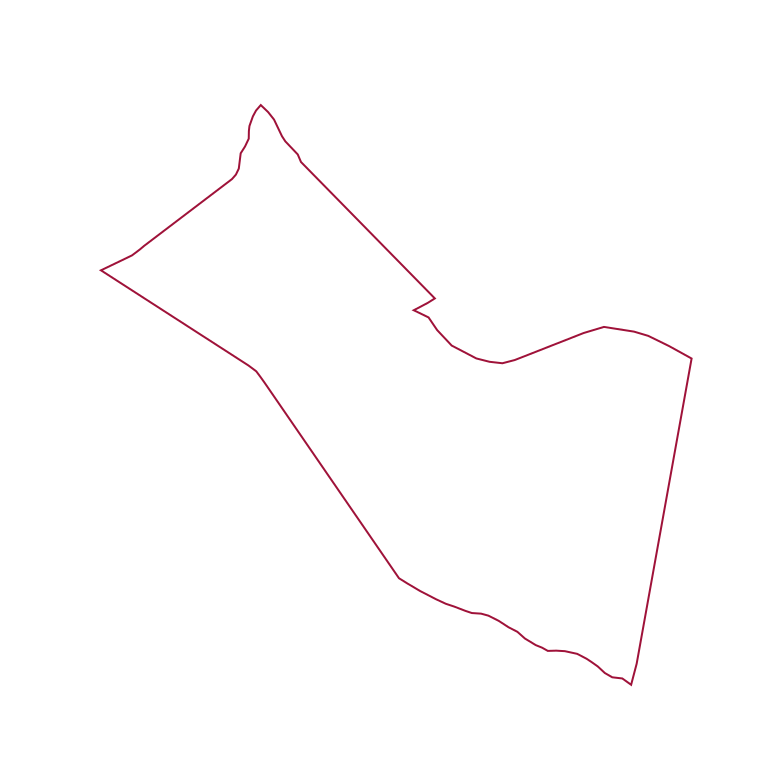 Junco do Maranhão, Maranhão, Brazil, rotated 280°
{"feature_id": "56859067B88031270249569", "entity_name": "Junco do Maranhão", "entity_type": "district", "adm_level": 2, "iso_a3": "BRA", "parent_name": "Brazil", "parent_adm1": "Maranhão", "projection": "robinson", "projection_center": [-46.119, -1.889], "detail": "fine", "context": "isolated", "style": "outline", "palette": "rose", "viewbox_px": 768, "rotation_deg": 280, "n_neighbors": 0, "source": "geoboundaries", "source_scale": "gbopen_adm2", "svg_char_len": 1005}
<svg xmlns="http://www.w3.org/2000/svg" viewBox="0 0 768 768"><g transform="rotate(280 384 384)"><path d="M130.7,679.6L152.4,681.4L462.5,682.5L470.9,658.0L477.3,635.8L479.0,621.1L478.4,590.7L468.9,571.8L430.3,508.6L425.0,497.0L424.2,484.1L425.2,470.5L433.6,444.0L446.3,427.0L457.3,416.3L461.8,400.5L471.4,412.9L477.1,419.2L588.2,263.7L595.1,259.2L605.8,244.7L610.3,240.5L625.3,229.8L631.7,222.6L637.3,214.2L631.1,210.5L624.8,208.4L614.7,206.7L609.7,207.0L602.1,208.2L593.8,205.9L586.3,202.8L570.9,203.6L564.5,201.8L559.4,198.7L478.4,123.8L474.2,120.3L466.9,113.5L446.8,85.5L378.7,247.3L374.3,256.0L369.5,261.1L364.6,266.1L195.3,432.5L191.6,441.7L186.4,455.5L181.1,472.5L178.3,483.0L177.0,491.8L174.7,503.6L173.7,510.3L174.7,519.5L174.0,527.0L170.7,538.0L166.1,548.8L163.1,558.4L157.8,567.0L153.2,578.8L151.8,585.4L149.6,591.7L151.3,599.9L152.3,608.5L151.8,621.1L148.6,631.2L146.3,636.5L143.0,643.5L137.7,651.7L134.8,659.7L135.4,669.8L130.7,679.6Z" fill="none" stroke="#9f1239" stroke-width="2"/></g></svg>